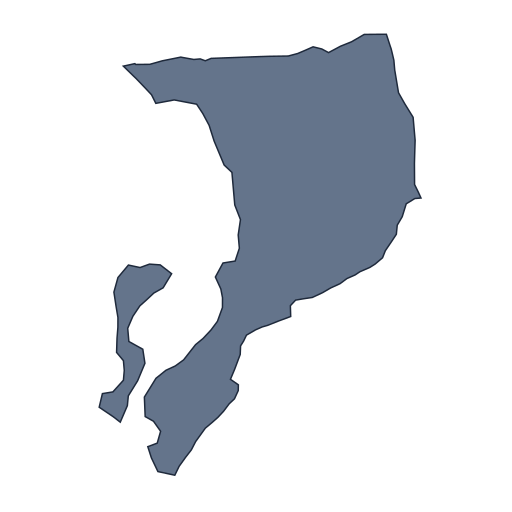 outline of Lysi, Cyprus, rotated 175°
{"feature_id": "46923920B59905101389216", "entity_name": "Lysi", "entity_type": "district", "adm_level": 2, "iso_a3": "CYP", "parent_name": "Cyprus", "parent_adm1": "", "projection": "mercator", "projection_center": [33.705, 35.109], "detail": "fine", "context": "isolated", "style": "filled", "palette": "slate", "viewbox_px": 512, "rotation_deg": 175, "n_neighbors": 0, "source": "geoboundaries", "source_scale": "gbopen_adm2", "svg_char_len": 2172}
<svg xmlns="http://www.w3.org/2000/svg" viewBox="0 0 512 512"><g transform="rotate(175 256 256)"><path d="M88.4,304.6L91.8,313.4L90.1,334.4L89.2,342.2L88.7,346.5L87.4,357.4L87.4,362.9L87.4,380.5L94.5,394.6L99.8,406.2L99.8,406.3L101.5,428.0L101.6,428.7L101.6,439.0L102.5,445.3L103.3,450.5L104.3,454.6L105.5,459.9L106.8,465.5L109.9,465.8L117.4,466.4L128.9,467.3L142.1,461.1L153.6,457.6L158.5,455.5L166.0,452.3L172.4,456.5L175.9,457.7L180.9,459.4L189.4,456.5L196.2,454.3L196.7,454.1L206.5,452.4L225.6,453.8L234.5,454.3L282.1,456.7L283.4,456.8L289.5,454.9L294.4,457.2L300.8,457.2L311.9,460.2L313.6,460.7L317.9,460.2L332.4,458.6L338.6,457.4L345.1,456.2L359.2,457.3L359.9,458.2L371.6,456.7L362.3,445.9L360.1,443.4L352.2,433.6L346.0,425.7L342.5,416.8L323.9,418.6L301.9,412.4L296.6,402.6L291.3,390.2L287.7,374.2L279.8,349.4L272.7,341.4L272.7,328.2L272.7,308.7L268.3,293.6L271.9,278.5L271.9,265.2L277.2,252.8L289.5,251.9L298.3,238.6L293.9,226.2L293.0,217.4L293.9,207.6L300.1,194.3L307.2,186.3L316.0,178.4L323.9,173.0L337.2,158.8L346.0,153.5L355.7,150.0L366.3,142.9L374.2,132.3L379.5,125.2L380.4,105.7L372.5,100.3L366.3,89.7L370.7,78.2L380.4,75.5L377.8,64.0L372.5,49.8L356.0,44.7L350.9,53.2L343.6,61.7L337.3,68.5L332.3,76.4L321.5,88.9L314.2,94.0L308.0,98.6L301.8,104.2L295.6,111.1L289.9,115.6L285.4,123.5L284.8,129.2L292.2,135.4L287.1,145.1L280.3,159.3L279.2,167.8L275.8,172.3L272.4,178.0L262.8,182.5L256.0,184.8L250.4,185.9L239.1,189.3L226.7,192.7L226.1,203.5L220.4,208.6L213.1,209.2L203.5,209.8L192.8,213.7L184.3,217.7L174.7,221.1L167.4,225.6L158.9,228.5L153.8,231.3L143.6,234.7L138.0,237.6L130.1,243.2L126.7,250.0L119.3,259.1L114.3,265.4L112.6,274.4L106.9,282.4L101.8,294.9L92.8,299.4L86.6,299.4L88.5,304.8L88.4,304.6ZM405.7,102.3L397.2,118.1L395.4,127.8L384.8,142.0L376.0,158.8L376.9,173.0L390.1,181.9L390.1,195.2L383.9,206.7L376.0,216.5L368.9,221.8L361.0,228.0L351.3,232.4L341.6,245.7L352.2,255.5L362.8,257.2L372.5,254.6L383.9,258.1L395.4,246.6L400.7,232.4L399.8,218.2L398.9,206.7L399.8,197.0L401.6,186.3L403.3,172.1L397.2,163.3L397.2,153.5L398.9,143.8L410.4,133.1L421.0,132.3L425.4,119.0L412.2,108.3L405.7,102.3Z" fill="#64748b" stroke="#1e293b" stroke-width="1.5"/></g></svg>